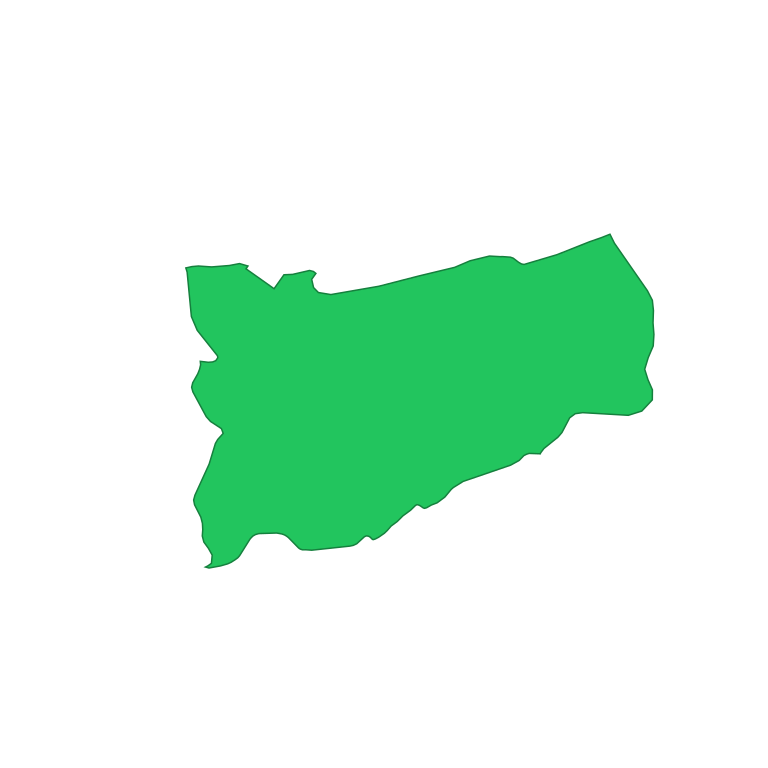 outline of Kouilou, rotated 125°
{"feature_id": "COG-3343", "entity_name": "Kouilou", "entity_type": "Region", "adm_level": 1, "iso_a3": "COG", "parent_name": "Republic of the Congo", "parent_adm1": "", "projection": "albers", "projection_center": [12.097, -4.264], "detail": "fine", "context": "isolated", "style": "filled", "palette": "green", "viewbox_px": 768, "rotation_deg": 125, "n_neighbors": 0, "source": "natural_earth", "source_scale": "10m", "svg_char_len": 1971}
<svg xmlns="http://www.w3.org/2000/svg" viewBox="0 0 768 768"><g transform="rotate(125 384 384)"><path d="M636.3,425.2L634.1,424.0L629.9,422.5L622.7,426.6L619.3,433.6L616.8,440.9L612.7,445.7L607.3,448.9L602.3,452.8L598.1,457.7L591.6,469.9L588.2,473.4L583.5,475.1L549.9,481.3L529.4,488.0L524.8,488.4L516.7,487.4L513.8,491.6L514.2,504.6L512.7,510.9L500.1,536.0L497.0,539.7L492.7,541.4L482.4,542.4L477.8,543.5L473.5,545.2L470.8,547.5L467.0,540.4L464.2,537.0L461.4,535.2L457.8,535.2L456.4,536.6L447.2,567.7L439.2,580.5L405.2,609.5L402.6,612.9L398.0,608.7L393.8,603.7L387.0,592.4L375.6,578.6L368.2,571.4L365.4,563.1L368.8,563.1L369.0,528.7L351.9,528.6L346.6,521.7L333.7,510.1L332.3,506.3L332.5,503.2L339.7,503.3L345.4,497.0L346.7,490.2L341.2,478.8L306.9,444.3L275.5,417.4L247.9,393.0L233.6,384.1L218.7,371.0L213.0,361.8L211.6,359.9L207.6,353.2L206.8,350.3L207.1,343.6L206.8,340.2L205.7,337.8L179.0,316.6L149.4,297.1L139.3,289.8L131.7,284.8L136.5,276.0L156.5,221.7L161.5,212.2L169.3,205.4L179.6,198.7L188.6,191.3L198.4,185.3L210.8,182.7L222.4,178.9L229.1,170.2L234.8,160.8L243.1,155.1L258.3,157.3L269.5,165.9L293.5,204.8L298.6,210.3L305.2,212.5L321.7,210.4L327.7,211.0L345.1,216.0L350.8,216.2L351.5,215.9L357.6,225.3L359.7,226.9L362.5,228.4L369.0,229.4L377.8,233.7L418.4,263.3L429.0,267.8L431.8,268.5L441.7,269.3L450.8,272.3L456.0,275.8L460.9,278.1L462.6,279.5L463.0,280.8L463.0,284.5L463.3,286.3L464.0,287.9L465.7,288.6L472.0,289.8L481.2,292.9L489.1,294.3L496.3,296.7L502.1,297.3L506.1,298.1L512.6,300.5L515.9,302.2L517.6,303.5L517.9,304.2L517.8,305.4L517.4,307.2L517.5,309.2L518.4,311.2L520.2,312.4L530.5,314.7L533.8,316.6L536.4,319.0L561.6,347.9L564.6,352.9L566.6,355.7L567.3,358.0L567.3,359.9L564.6,374.3L564.5,376.6L564.7,379.0L565.4,381.6L567.6,386.4L578.3,400.7L581.0,402.9L583.5,404.1L585.9,404.6L588.1,404.8L607.5,403.8L610.2,404.1L613.2,405.1L617.8,407.0L621.0,408.9L626.8,413.6L635.1,421.8L636.3,425.2Z" fill="#22c55e" stroke="#15803d" stroke-width="1.5"/></g></svg>